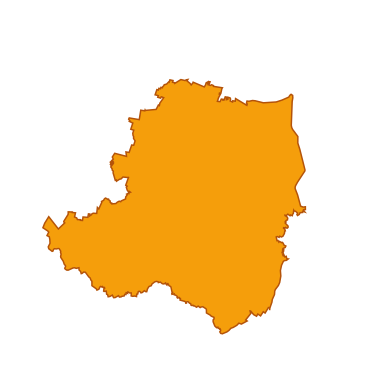 outline of Tres Valles, Veracruz, Mexico, rotated 205°
{"feature_id": "50627088B63503421753996", "entity_name": "Tres Valles", "entity_type": "district", "adm_level": 2, "iso_a3": "MEX", "parent_name": "Mexico", "parent_adm1": "Veracruz", "projection": "natural_earth1", "projection_center": [-96.161, 18.292], "detail": "fine", "context": "isolated", "style": "filled", "palette": "amber", "viewbox_px": 384, "rotation_deg": 205, "n_neighbors": 0, "source": "geoboundaries", "source_scale": "gbopen_adm2", "svg_char_len": 5876}
<svg xmlns="http://www.w3.org/2000/svg" viewBox="0 0 384 384"><g transform="rotate(205 192 192)"><path d="M180.6,297.7L180.2,295.6L179.1,295.1L178.9,293.7L192.0,295.1L191.2,292.6L193.6,291.9L193.3,290.7L195.8,290.6L196.3,292.5L197.3,293.4L199.4,293.1L198.7,291.2L199.8,290.2L200.8,292.6L202.1,292.3L201.8,288.9L202.6,288.4L202.7,289.2L204.7,288.6L204.8,285.7L207.3,284.9L207.8,288.7L207.6,292.5L208.6,292.2L208.9,293.3L207.6,293.8L208.6,298.3L208.5,299.3L217.2,296.8L217.5,297.5L219.5,297.5L220.5,296.3L222.0,296.2L222.2,299.5L223.7,299.1L223.4,296.7L224.2,297.4L224.3,298.3L225.3,297.0L225.0,294.5L225.3,292.4L237.4,292.0L237.3,291.0L238.0,288.7L239.6,289.6L243.5,290.6L243.3,292.2L244.7,291.2L245.3,290.1L249.6,289.2L253.5,283.2L253.9,283.7L256.0,283.2L256.3,285.0L259.4,284.3L259.1,282.5L259.4,282.7L260.6,279.1L262.5,277.5L262.5,276.5L263.1,274.7L262.9,274.0L264.4,273.7L264.2,272.3L265.8,272.0L265.6,270.2L267.1,270.0L266.5,264.5L263.3,265.1L263.1,263.4L261.7,263.6L260.1,263.8L260.2,265.1L259.9,265.4L257.5,265.5L258.7,258.9L258.1,256.5L258.9,256.4L259.2,257.3L259.4,251.7L268.8,246.2L269.2,246.5L269.1,245.6L273.0,244.5L270.4,235.3L280.2,232.6L280.2,231.2L278.2,230.1L278.5,229.5L274.8,229.5L274.0,223.0L270.9,223.4L270.5,220.2L269.3,218.3L268.3,217.5L267.6,215.8L265.2,214.3L264.6,209.7L266.5,209.1L265.7,201.3L268.8,200.4L266.4,196.6L278.4,194.4L279.0,190.0L277.2,188.5L278.0,186.6L277.7,186.5L278.7,184.5L277.9,183.8L276.7,186.4L275.8,185.9L277.6,182.5L276.8,182.0L275.2,185.3L276.2,180.4L274.3,179.3L273.4,178.0L272.1,177.6L271.6,176.0L266.5,170.2L265.8,170.9L265.0,169.9L263.1,172.9L261.8,173.9L260.9,176.4L255.7,178.2L255.8,179.1L254.9,170.1L253.2,169.9L253.6,168.6L251.5,166.3L249.8,165.4L249.3,166.1L247.7,165.8L248.8,164.7L248.6,164.0L249.1,164.1L250.3,162.5L249.5,162.3L250.0,159.5L249.3,157.6L252.4,154.0L252.5,153.1L254.1,152.9L255.4,151.2L256.1,149.4L259.5,147.4L259.7,147.9L260.5,147.6L260.8,148.0L261.7,148.0L262.4,149.3L263.4,149.3L264.6,150.3L265.5,149.6L266.3,150.0L267.9,149.9L268.5,148.7L268.6,147.1L270.0,145.2L269.4,144.5L269.3,137.2L271.2,138.0L269.3,132.3L272.6,131.0L273.5,129.8L273.6,128.8L274.6,127.1L275.3,128.9L276.6,128.4L275.7,125.0L280.2,123.3L279.2,119.9L281.1,119.2L281.3,119.8L284.2,118.6L285.6,119.8L287.9,119.7L288.8,123.9L291.8,122.8L292.0,123.3L295.8,121.7L294.8,119.4L295.8,111.2L295.3,110.5L294.3,110.2L297.5,102.0L311.4,109.1L312.3,101.5L312.0,96.6L306.2,95.7L304.9,95.1L305.0,91.2L302.4,91.1L300.8,88.9L299.0,85.5L299.1,81.5L297.8,80.0L293.7,79.1L293.1,79.6L293.2,81.4L292.7,82.5L291.0,83.0L289.3,84.3L288.4,84.5L286.0,82.9L285.6,81.7L284.4,80.4L283.8,78.0L283.2,77.2L279.5,74.9L277.2,72.5L275.6,71.8L275.1,71.1L275.1,69.1L274.2,68.5L272.5,68.3L271.1,68.9L267.7,72.9L266.4,73.7L264.6,73.9L262.5,75.6L261.4,73.6L259.4,72.9L257.9,71.2L257.2,71.8L256.3,73.7L254.7,74.2L249.6,71.4L247.9,71.0L246.6,69.6L245.0,68.8L243.1,64.8L237.8,63.8L236.7,62.9L235.3,64.5L235.3,67.0L234.8,67.9L233.9,67.7L233.2,68.5L232.5,67.9L231.0,68.5L230.5,67.9L231.0,67.3L230.2,64.8L229.7,64.7L227.8,65.9L226.2,63.3L225.1,63.3L223.7,61.6L222.3,62.6L220.6,64.9L218.4,63.1L217.1,63.8L214.8,67.0L213.4,66.1L211.9,67.0L211.6,67.7L209.5,69.2L209.7,70.8L208.5,71.2L209.1,72.8L207.7,72.9L208.3,73.6L207.9,74.4L206.0,74.1L204.4,74.8L203.2,72.1L201.7,72.4L199.9,73.5L198.1,73.8L198.9,76.1L198.1,76.6L198.6,79.0L198.0,79.7L197.0,79.8L195.6,79.0L194.5,80.0L193.5,82.4L191.9,82.1L190.9,82.5L191.4,85.5L191.0,88.2L189.3,89.9L189.4,91.7L187.8,94.8L186.4,96.0L184.6,96.3L184.2,95.7L182.6,97.0L180.4,96.4L179.3,96.5L178.4,97.0L177.5,98.4L176.9,97.7L175.4,97.1L175.5,98.6L175.2,98.8L173.2,97.4L171.4,97.3L170.7,96.7L167.7,92.7L167.2,92.8L167.5,91.6L166.9,90.8L165.2,92.1L165.1,91.5L164.7,91.3L163.3,91.6L161.0,91.1L160.9,90.0L160.2,89.8L158.8,91.0L158.1,90.3L157.5,90.5L157.1,89.0L152.3,89.8L151.4,89.6L150.6,88.6L150.2,88.9L150.6,89.3L150.2,90.4L149.2,90.9L147.1,90.1L146.1,90.3L145.0,89.0L144.0,89.1L143.3,89.8L142.5,89.4L141.9,89.8L139.2,89.5L138.2,91.2L135.8,90.7L135.3,91.5L133.7,92.6L130.1,92.1L129.3,91.6L127.8,88.5L123.4,88.1L122.1,87.6L119.1,87.7L118.4,86.3L118.8,85.0L118.0,83.3L114.7,80.2L112.4,79.4L111.4,80.4L110.7,79.6L109.0,80.0L108.9,79.3L108.0,79.3L107.4,78.3L107.7,77.0L106.2,76.0L105.4,76.2L104.6,76.3L101.2,80.0L100.0,82.2L99.2,84.9L97.4,86.7L95.0,90.2L94.1,92.9L91.4,93.2L87.5,98.4L89.3,98.7L87.4,106.7L89.1,108.7L88.5,108.9L84.3,106.9L81.0,106.7L80.8,109.2L77.5,108.7L76.8,113.6L74.6,113.2L73.9,119.6L72.8,120.1L71.7,117.7L72.4,119.8L73.0,125.9L73.8,128.5L73.9,133.9L75.2,137.4L75.2,139.1L74.2,143.8L74.3,147.1L76.0,153.4L78.7,158.2L79.9,163.5L79.9,167.7L79.3,168.8L77.5,170.0L76.5,172.0L77.9,171.6L79.4,173.5L80.3,172.4L81.2,173.2L82.3,172.7L83.1,173.4L82.2,173.9L82.4,174.2L83.6,175.0L84.7,175.0L85.0,177.3L84.3,175.9L83.9,176.1L84.0,177.2L84.6,178.8L84.9,178.9L85.5,178.1L85.7,178.6L85.6,179.4L84.1,181.1L84.1,182.7L86.0,182.7L88.1,184.3L89.0,184.5L89.3,184.0L91.9,184.2L92.1,183.3L93.6,184.4L94.4,183.8L96.7,186.9L95.9,187.7L93.9,187.7L93.8,189.0L92.0,189.0L90.9,190.3L90.7,193.4L91.4,195.8L91.0,196.2L92.3,197.6L93.7,197.8L93.9,198.4L92.8,198.7L92.2,199.5L91.7,199.2L90.4,199.5L90.0,200.5L90.5,201.7L94.5,203.3L94.1,204.5L95.0,204.8L94.5,206.3L93.7,207.0L94.2,208.8L95.8,209.8L97.7,209.9L97.9,210.3L96.6,210.5L95.8,212.4L93.1,211.9L93.0,212.8L91.1,212.9L91.4,214.4L91.1,215.4L92.1,218.5L91.3,218.0L89.9,218.3L87.4,217.5L87.4,215.9L86.4,215.3L85.3,217.0L85.3,218.9L83.1,220.2L83.5,221.0L83.3,221.4L81.4,221.6L83.5,222.6L83.4,223.1L81.8,224.0L83.0,226.5L84.9,225.3L87.6,225.1L95.1,234.0L99.9,238.6L100.5,239.8L100.8,241.2L100.5,245.7L98.6,258.7L98.9,259.7L112.3,276.2L116.8,281.1L119.5,287.0L127.2,291.2L128.9,292.6L130.2,294.4L139.4,316.2L140.4,319.9L141.6,322.1L143.5,322.4L144.2,320.9L144.4,318.9L149.3,313.3L153.7,309.2L165.0,303.0L173.2,301.4L175.8,300.5L178.7,298.3L180.6,297.7Z" fill="#f59e0b" stroke="#b45309" stroke-width="1.5"/></g></svg>